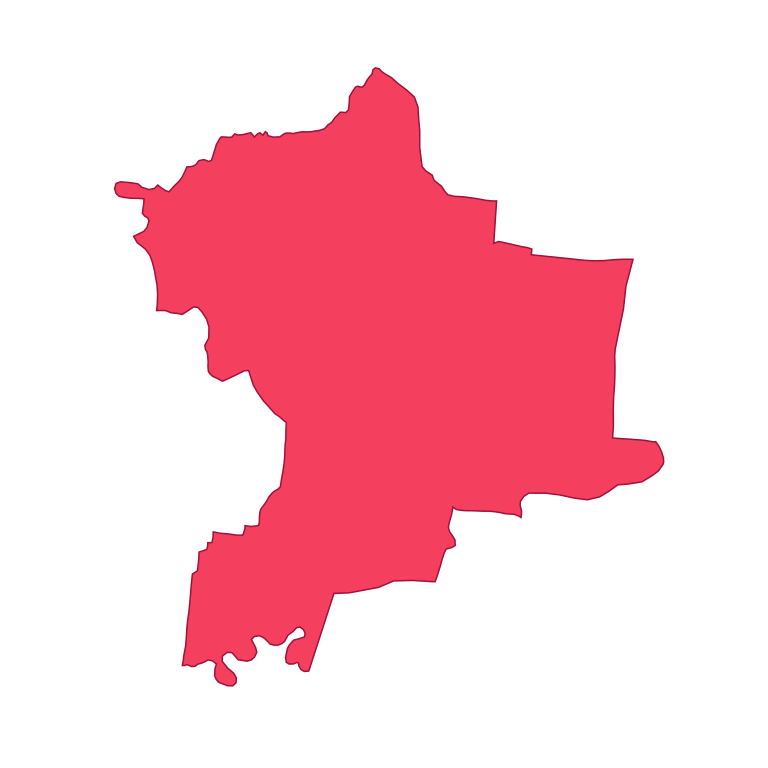 the district of Pur SenChey, Phnom Penh, Cambodia, rotated 5°
{"feature_id": "14789045B97702071431855", "entity_name": "Pur SenChey", "entity_type": "district", "adm_level": 2, "iso_a3": "KHM", "parent_name": "Cambodia", "parent_adm1": "Phnom Penh", "projection": "robinson", "projection_center": [104.778, 11.53], "detail": "fine", "context": "isolated", "style": "filled", "palette": "rose", "viewbox_px": 768, "rotation_deg": 5, "n_neighbors": 0, "source": "geoboundaries", "source_scale": "gbopen_adm2", "svg_char_len": 4770}
<svg xmlns="http://www.w3.org/2000/svg" viewBox="0 0 768 768"><g transform="rotate(5 384 384)"><path d="M334.1,676.5L352.4,597.0L367.6,595.1L379.7,591.7L396.2,587.1L410.9,579.3L421.7,578.1L429.7,577.2L440.8,576.9L449.3,576.7L452.1,576.5L453.8,570.3L456.0,560.3L457.1,554.0L458.6,547.5L460.3,543.0L465.6,541.1L469.0,538.7L468.3,533.2L465.3,529.0L462.4,525.7L460.7,521.7L460.9,517.6L461.5,514.1L462.7,508.2L463.4,500.6L466.9,502.7L471.6,503.1L475.9,503.1L484.0,502.5L493.0,502.1L500.2,501.5L505.7,501.6L510.5,501.9L516.0,502.6L520.9,502.6L523.3,502.4L525.6,502.6L529.8,503.8L532.1,505.1L532.3,501.9L532.1,498.5L530.2,493.1L530.1,489.1L532.9,484.0L537.8,480.1L554.2,478.7L555.9,478.7L568.7,479.2L583.7,481.1L596.7,481.6L608.8,477.6L617.5,471.2L625.7,464.1L635.9,462.4L649.7,458.9L660.1,451.1L665.2,446.4L669.1,439.5L669.4,437.2L668.8,433.2L666.7,427.9L663.5,422.4L659.8,417.8L657.7,418.2L648.8,417.4L636.6,417.5L616.5,417.9L616.3,412.7L616.2,407.1L615.8,401.4L614.6,389.0L613.9,376.6L613.8,365.4L613.3,355.9L612.6,346.5L611.4,336.1L611.3,328.8L611.6,326.5L611.9,323.8L616.0,288.5L616.5,265.6L621.2,238.1L615.5,238.5L608.9,239.2L602.3,240.1L593.1,241.8L583.4,242.9L573.9,243.3L519.5,242.4L519.5,236.7L514.8,235.6L509.3,235.2L501.0,234.0L490.0,232.5L485.6,232.1L481.1,234.3L480.2,191.8L476.5,192.2L469.1,192.1L459.4,191.2L447.3,190.6L437.1,190.9L431.1,189.9L427.5,186.4L424.1,182.0L416.2,176.8L413.8,171.7L406.8,167.9L402.9,163.9L399.0,145.3L397.5,128.3L395.7,118.5L393.7,105.2L389.3,95.5L381.1,89.3L371.0,82.9L364.7,78.1L358.2,75.1L354.2,72.7L351.7,70.4L347.9,69.8L345.7,71.8L345.1,76.2L342.8,79.3L340.9,82.2L338.3,88.1L336.4,90.3L331.7,89.7L329.7,90.7L327.2,95.3L324.6,100.6L324.8,105.2L324.8,113.9L322.4,116.9L316.8,117.0L314.6,119.8L312.0,122.8L309.1,127.9L305.5,130.8L302.5,134.9L297.5,137.0L293.8,137.8L289.7,139.0L285.2,139.6L280.3,139.9L276.1,141.0L271.3,142.5L269.3,142.2L265.7,142.4L263.3,143.0L261.1,144.8L258.6,147.0L256.3,147.1L253.5,147.6L251.4,147.6L249.1,147.1L246.9,146.8L245.6,144.0L243.7,143.0L241.7,146.6L238.5,144.6L236.2,145.8L233.4,149.2L232.1,147.8L229.4,145.3L226.3,146.3L222.0,147.8L217.2,148.7L213.5,147.8L211.0,151.2L208.1,151.8L203.9,151.8L200.2,152.1L198.8,154.1L196.1,160.2L195.2,164.6L193.7,171.6L192.6,176.3L189.7,177.6L187.2,176.6L184.8,176.2L180.2,177.6L177.2,182.1L174.5,183.7L171.8,184.5L168.7,184.9L167.8,187.8L166.3,191.9L164.8,195.8L162.4,199.6L160.1,202.3L158.7,203.9L157.0,206.0L154.5,209.3L152.9,211.3L149.2,210.3L145.1,208.1L141.3,205.5L138.2,209.3L135.0,210.1L133.0,210.8L125.8,209.2L121.3,206.0L116.5,205.7L111.1,205.5L104.1,205.5L99.6,207.5L98.6,213.0L100.5,217.5L103.7,220.1L108.6,220.8L114.9,221.0L122.1,220.6L128.8,220.4L128.9,225.8L128.4,234.9L130.8,237.5L134.4,239.4L135.7,242.1L134.2,249.0L131.3,253.0L121.7,258.7L126.0,264.9L130.3,267.5L134.7,270.6L139.6,276.2L142.5,282.5L145.5,291.1L147.6,299.2L149.3,305.4L150.6,313.9L151.2,323.9L151.1,330.7L154.7,330.3L160.0,329.9L165.7,331.6L171.5,331.7L177.0,332.2L183.2,327.4L187.8,323.7L192.0,324.0L196.7,328.4L201.7,335.1L204.7,342.5L205.4,353.5L202.1,361.2L203.2,365.3L204.9,367.4L205.9,371.1L206.9,377.3L207.1,381.7L207.9,386.7L210.1,389.4L212.7,391.3L217.7,393.1L222.9,395.3L230.2,391.2L237.2,387.0L243.7,383.0L248.0,382.4L250.7,388.9L253.9,396.5L259.0,403.8L265.6,411.6L270.3,415.8L277.8,423.0L282.7,425.7L287.8,429.5L290.0,430.6L290.4,439.5L291.0,446.7L290.8,453.9L291.4,463.9L291.4,471.9L290.9,480.2L290.1,488.7L289.7,495.4L287.6,498.0L284.9,499.8L282.3,502.1L279.3,506.3L277.1,511.4L274.4,515.9L272.4,519.1L271.7,521.3L271.5,523.7L271.5,527.8L271.9,533.2L271.0,536.2L263.4,537.5L257.9,537.2L258.1,540.1L257.1,544.7L256.4,546.9L251.0,547.4L241.2,546.9L232.9,546.9L229.0,546.4L226.7,546.3L227.1,551.5L226.4,557.0L222.3,557.4L222.4,561.6L221.7,564.4L214.5,567.5L214.7,577.7L214.4,586.3L209.7,590.0L209.5,601.6L209.6,609.1L209.6,618.1L209.5,628.2L209.0,636.5L208.9,645.1L209.2,652.9L209.2,662.5L208.2,672.8L208.2,676.9L207.6,682.0L210.1,681.7L212.0,680.8L214.5,681.4L216.7,682.3L220.3,681.7L222.7,679.5L226.0,678.2L229.0,676.8L232.9,674.2L237.0,674.7L241.4,677.4L240.4,682.9L240.7,689.2L242.4,692.6L245.1,695.5L254.3,698.2L259.6,697.9L262.6,694.6L262.6,689.8L259.5,685.2L253.3,680.8L247.1,674.5L246.7,669.2L251.0,665.1L256.0,664.9L259.0,667.7L262.8,671.5L271.9,672.0L275.9,670.5L278.8,667.3L280.7,662.3L279.0,657.6L276.4,653.6L274.2,650.1L276.8,646.9L281.5,645.7L285.4,646.8L288.7,649.0L293.4,653.1L297.2,653.7L301.0,653.4L304.7,651.6L307.3,649.2L310.4,642.4L315.1,638.4L318.2,634.3L321.5,633.5L325.4,635.9L327.2,639.6L326.7,643.0L321.4,645.2L316.2,647.1L312.4,652.3L310.8,656.1L310.2,661.1L309.8,665.0L310.9,669.7L313.6,671.2L318.2,670.8L321.3,669.1L323.2,669.4L323.7,672.1L326.2,675.7L329.6,677.3L334.1,676.5Z" fill="#f43f5e" stroke="#9f1239" stroke-width="1.5"/></g></svg>